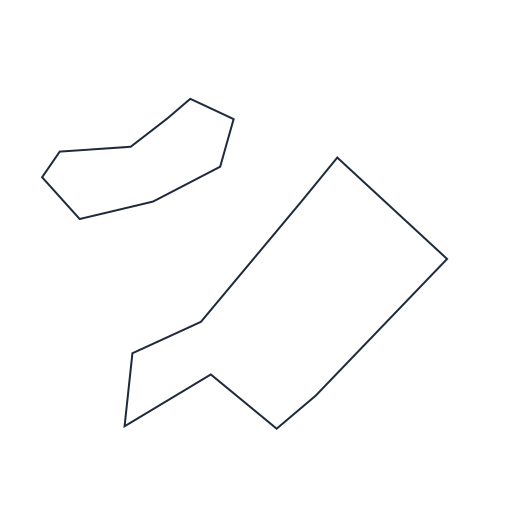 Warwick, orthographic projection, rotated 341°
{"feature_id": "BMU-5144", "entity_name": "Warwick", "entity_type": "state/province", "adm_level": 1, "iso_a3": "BMU", "parent_name": "Bermuda", "parent_adm1": "", "projection": "orthographic", "projection_center": [-64.817, 32.272], "detail": "fine", "context": "isolated", "style": "outline", "palette": "slate", "viewbox_px": 512, "rotation_deg": 341, "n_neighbors": 0, "source": "natural_earth", "source_scale": "10m", "svg_char_len": 401}
<svg xmlns="http://www.w3.org/2000/svg" viewBox="0 0 512 512"><g transform="rotate(341 256 256)"><path d="M76.3,374.2L107.5,307.7L182.5,300.3L316.9,219.1L364.9,189.4L435.7,321.0L266.9,407.5L219.3,426.0L174.7,353.3L76.3,374.2ZM251.2,159.9L176.3,171.0L101.3,163.6L79.4,111.9L104.4,93.4L173.1,111.9L216.9,97.1L245.0,86.0L279.4,119.3L251.2,159.9Z" fill="none" stroke="#1e293b" stroke-width="2"/></g></svg>